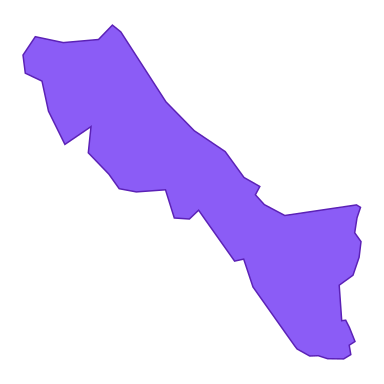 York, Virginia, United States of America
{"feature_id": "52423323B51899565145561", "entity_name": "York", "entity_type": "district", "adm_level": 2, "iso_a3": "USA", "parent_name": "United States of America", "parent_adm1": "Virginia", "projection": "mercator", "projection_center": [-76.531, 37.236], "detail": "fine", "context": "isolated", "style": "filled", "palette": "violet", "viewbox_px": 384, "rotation_deg": 0, "n_neighbors": 0, "source": "geoboundaries", "source_scale": "gbopen_adm2", "svg_char_len": 750}
<svg xmlns="http://www.w3.org/2000/svg" viewBox="0 0 384 384"><path d="M353.0,275.2L359.1,257.3L361.0,241.6L354.7,232.8L357.0,217.8L360.5,207.4L356.5,204.9L284.8,215.5L264.3,204.6L255.4,194.8L259.8,186.5L244.0,177.5L225.2,151.6L194.2,130.7L165.9,101.8L120.8,31.9L112.4,25.1L98.5,39.5L63.3,42.6L35.3,36.7L23.0,55.1L25.3,73.2L42.0,81.1L48.5,111.2L64.9,144.4L91.0,126.6L88.3,152.8L108.9,174.2L119.2,188.7L136.3,191.9L165.5,189.8L174.3,218.0L189.4,219.0L198.6,210.2L206.4,221.3L234.6,261.1L243.7,259.1L253.0,287.0L285.6,333.1L295.0,346.3L297.1,349.0L309.7,356.0L318.3,355.7L327.6,358.7L343.7,358.9L350.8,354.6L349.2,345.2L355.0,341.5L349.4,327.5L345.7,320.2L341.7,320.7L339.2,285.2L353.0,275.2Z" fill="#8b5cf6" stroke="#5b21b6" stroke-width="1.5"/></svg>